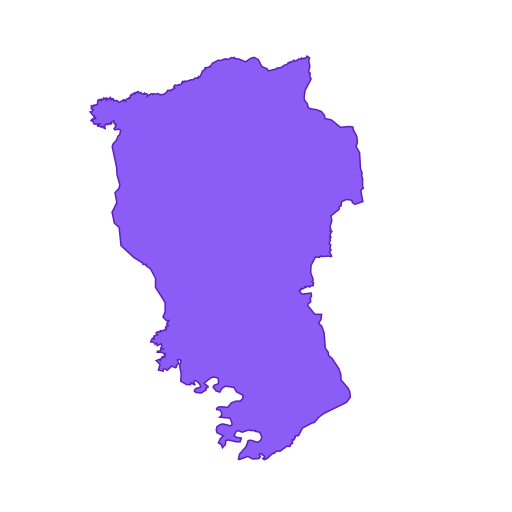 Kusuman, Sakon Nakhon, Thailand (Equal Earth projection), rotated 255°
{"feature_id": "78962969B62467270664056", "entity_name": "Kusuman", "entity_type": "district", "adm_level": 2, "iso_a3": "THA", "parent_name": "Thailand", "parent_adm1": "Sakon Nakhon", "projection": "equal_earth", "projection_center": [104.295, 17.348], "detail": "fine", "context": "isolated", "style": "filled", "palette": "violet", "viewbox_px": 512, "rotation_deg": 255, "n_neighbors": 0, "source": "geoboundaries", "source_scale": "gbopen_adm2", "svg_char_len": 6100}
<svg xmlns="http://www.w3.org/2000/svg" viewBox="0 0 512 512"><g transform="rotate(255 256 256)"><path d="M443.0,239.2L442.7,232.9L443.4,232.6L442.7,230.7L443.6,230.5L442.7,229.4L442.3,229.9L440.8,226.7L441.5,226.0L441.3,223.5L442.1,222.0L441.0,220.5L439.3,220.9L439.6,220.1L438.1,218.5L438.7,217.2L437.8,216.1L439.0,213.8L437.0,211.6L436.0,208.3L436.7,204.7L438.4,203.4L438.2,200.9L439.1,199.8L438.8,197.9L439.6,197.7L439.8,196.2L438.5,192.3L439.6,193.0L441.2,192.3L441.2,190.4L442.2,190.3L441.5,189.3L442.1,187.7L443.7,187.2L444.1,184.7L445.1,184.9L445.4,184.1L444.6,181.8L445.1,181.1L444.2,181.0L444.6,179.9L443.8,178.7L444.4,178.2L443.6,177.9L443.8,176.3L442.1,175.8L441.8,174.5L441.2,174.8L441.1,171.5L439.3,170.1L440.4,169.6L439.9,168.7L441.2,168.5L439.7,163.8L442.2,161.8L442.8,159.0L444.3,158.9L444.3,156.9L445.1,158.0L446.0,156.1L446.8,156.2L446.1,154.6L446.3,153.0L445.6,152.5L446.6,152.6L446.3,151.5L447.3,151.9L447.0,150.6L448.0,150.0L447.0,149.2L447.4,147.6L446.1,147.0L447.3,146.1L446.7,145.4L447.8,144.9L447.1,143.5L443.4,141.9L443.5,139.1L442.9,138.8L443.7,138.0L442.7,136.8L443.7,135.9L440.6,135.0L439.3,136.4L437.9,135.1L438.1,133.1L433.5,135.2L433.3,136.1L432.1,135.4L431.3,136.6L430.5,136.6L431.3,135.7L430.2,135.4L430.7,134.0L429.4,133.3L430.3,132.6L429.5,131.7L428.4,133.2L425.2,133.9L424.1,139.0L423.2,136.7L422.1,136.9L422.0,138.7L420.4,139.8L421.0,141.6L419.3,141.8L418.2,143.3L420.5,143.4L422.6,145.2L422.4,146.3L421.2,146.4L421.8,148.6L420.9,149.6L421.3,150.8L422.6,150.4L423.2,153.8L420.7,153.2L419.4,155.0L418.6,153.9L417.5,154.2L415.8,151.9L414.6,152.0L413.7,156.8L412.5,157.8L408.4,155.7L407.5,153.7L403.9,151.1L401.2,146.9L398.8,145.4L377.7,144.3L370.2,142.8L359.9,142.9L356.6,140.9L353.7,136.2L343.6,135.4L335.5,128.3L324.3,127.7L319.1,131.2L301.0,128.3L286.1,137.7L278.7,144.6L277.1,144.7L276.5,147.6L275.3,147.2L270.8,150.8L260.5,153.2L251.9,150.8L234.9,156.1L226.1,154.0L221.1,150.4L216.4,153.0L216.2,155.2L213.5,152.1L211.4,153.3L211.3,150.8L209.8,150.0L209.3,150.8L207.7,149.5L208.3,148.5L207.8,145.3L208.6,144.4L207.6,144.2L208.3,141.5L207.5,139.5L205.5,140.4L205.0,136.5L202.3,136.2L203.3,134.7L201.2,132.6L200.0,132.2L199.9,133.7L197.7,135.8L196.8,135.7L197.5,137.5L195.5,137.8L194.8,136.7L195.8,141.6L193.4,141.7L191.7,140.2L190.3,142.1L190.3,139.8L189.0,138.7L189.6,136.2L188.6,135.7L187.3,140.6L184.8,142.1L185.1,143.0L181.7,141.5L182.2,139.5L182.9,140.0L182.7,138.9L179.8,136.6L181.2,136.4L180.8,132.5L176.2,135.3L171.1,132.2L168.8,136.5L170.6,137.3L170.8,138.7L168.5,140.6L171.4,146.0L168.8,149.5L169.5,150.6L171.0,150.8L171.8,153.4L176.0,153.2L175.5,155.8L174.3,156.5L169.2,153.7L161.7,153.3L154.5,150.9L149.8,155.6L148.6,159.5L150.3,160.6L147.5,163.1L147.9,163.8L149.1,163.0L150.4,163.6L151.5,164.8L151.2,165.7L147.5,168.3L144.3,168.8L143.6,167.9L143.6,164.0L142.9,162.5L141.5,161.4L139.7,162.6L137.8,167.7L139.6,173.3L141.4,173.2L141.6,175.6L142.7,175.9L146.0,173.1L146.8,173.4L150.0,180.7L150.0,183.7L148.5,187.1L146.3,187.8L142.3,186.5L142.0,182.1L140.4,180.7L136.0,182.5L133.9,185.8L137.0,189.0L138.2,192.7L134.9,200.5L129.7,202.1L125.0,207.3L121.5,206.2L120.0,203.1L121.0,198.9L120.5,194.1L117.1,189.5L119.6,182.9L119.7,180.0L118.9,178.4L117.6,178.5L116.8,181.2L113.5,182.3L110.9,181.4L109.7,179.2L106.1,189.0L100.5,189.5L99.0,188.8L98.6,187.5L102.4,180.5L102.5,177.9L101.2,174.1L98.3,172.6L95.4,172.6L90.8,177.9L88.7,174.2L85.2,171.3L82.8,173.7L79.5,174.0L81.9,177.8L85.0,178.7L85.5,179.8L85.3,182.1L81.5,189.1L80.6,192.6L83.9,194.7L86.0,190.2L88.3,188.3L91.7,191.6L91.9,193.6L89.4,197.0L89.8,203.8L88.3,207.0L87.8,209.9L86.8,209.8L85.2,213.4L82.7,214.5L79.5,214.6L76.8,212.9L75.6,209.5L79.5,203.1L79.7,200.6L74.7,197.4L68.9,188.8L64.3,186.4L63.7,187.2L64.5,196.3L60.8,200.2L59.6,206.3L60.8,208.2L63.7,207.9L63.9,209.4L60.4,212.3L59.3,212.3L58.7,210.2L57.1,211.2L57.5,214.3L61.0,220.9L60.6,222.0L62.3,225.7L61.2,228.7L64.2,236.3L63.3,239.7L65.2,240.8L65.6,242.9L66.7,242.5L68.1,243.9L69.1,243.7L68.8,245.3L70.7,247.1L71.8,247.0L72.0,249.2L71.4,249.7L71.9,251.0L77.8,256.3L80.1,266.6L80.1,269.3L84.3,275.4L86.3,280.8L91.2,305.5L95.2,310.6L100.4,311.4L104.3,310.8L114.2,306.1L120.0,307.3L125.5,306.9L137.4,303.0L141.1,300.4L144.5,300.8L149.0,299.1L164.1,301.9L171.2,301.3L174.7,299.1L178.0,302.4L182.6,304.3L184.5,297.7L194.6,293.2L196.1,293.8L197.6,297.0L201.5,297.7L202.8,299.3L206.0,299.6L207.2,290.7L211.0,288.7L211.8,290.9L212.9,290.9L212.2,293.4L213.2,294.7L212.7,295.4L213.4,295.8L212.8,296.1L213.5,298.3L212.1,299.8L212.9,300.7L212.6,303.7L213.9,303.6L214.8,304.7L216.7,303.5L217.5,304.8L219.2,305.1L225.7,304.5L232.7,306.7L239.7,313.3L238.2,317.0L239.4,318.1L238.4,319.6L237.2,326.0L235.9,328.2L236.3,329.0L241.4,328.1L242.3,330.1L244.3,329.4L247.3,331.1L249.2,329.9L251.9,331.9L254.2,332.1L254.8,333.3L255.5,332.6L258.4,333.6L260.0,335.6L261.1,334.1L261.6,335.1L265.1,335.1L270.6,338.4L275.4,338.8L279.5,348.2L282.4,349.5L282.3,351.1L286.3,352.7L287.2,357.7L285.7,361.8L284.2,363.1L282.6,362.9L280.3,365.0L280.9,373.3L291.4,374.1L293.1,375.2L293.5,377.2L296.5,377.1L303.0,379.0L306.3,378.8L308.5,380.0L313.3,379.5L328.9,382.8L335.9,381.0L339.5,383.4L345.5,384.3L352.6,382.7L355.6,382.9L357.1,379.0L358.4,370.9L368.1,363.9L370.8,358.3L374.3,358.5L378.7,356.5L381.9,351.9L384.3,346.3L385.9,344.9L389.6,345.0L393.8,343.3L396.3,343.4L403.2,346.2L412.7,355.0L416.3,354.5L418.4,355.7L420.0,354.4L425.5,357.2L430.7,357.4L433.5,359.0L435.3,357.5L434.6,357.5L435.3,356.7L434.1,354.1L434.7,353.5L434.5,351.6L435.3,351.2L434.6,350.8L435.2,348.5L434.1,345.0L434.2,343.8L435.3,343.4L434.2,340.3L434.7,339.0L433.8,338.0L434.4,337.2L432.9,335.4L433.0,332.6L431.5,329.0L432.1,324.7L431.4,323.2L431.6,315.7L434.1,315.1L437.3,310.7L444.9,309.1L448.3,305.8L448.3,302.1L446.3,296.1L450.8,290.3L451.9,287.1L453.2,286.6L452.8,286.1L454.0,283.9L453.1,279.4L454.3,278.1L453.8,277.6L454.5,276.3L453.9,272.7L454.9,270.4L453.5,263.8L450.6,260.7L451.1,260.2L450.6,259.4L450.9,255.3L449.7,255.5L448.5,252.2L443.8,248.6L444.2,247.4L443.6,247.4L443.4,245.5L442.8,245.6L443.6,242.8L442.4,240.8L443.0,239.2Z" fill="#8b5cf6" stroke="#5b21b6" stroke-width="1.5"/></g></svg>